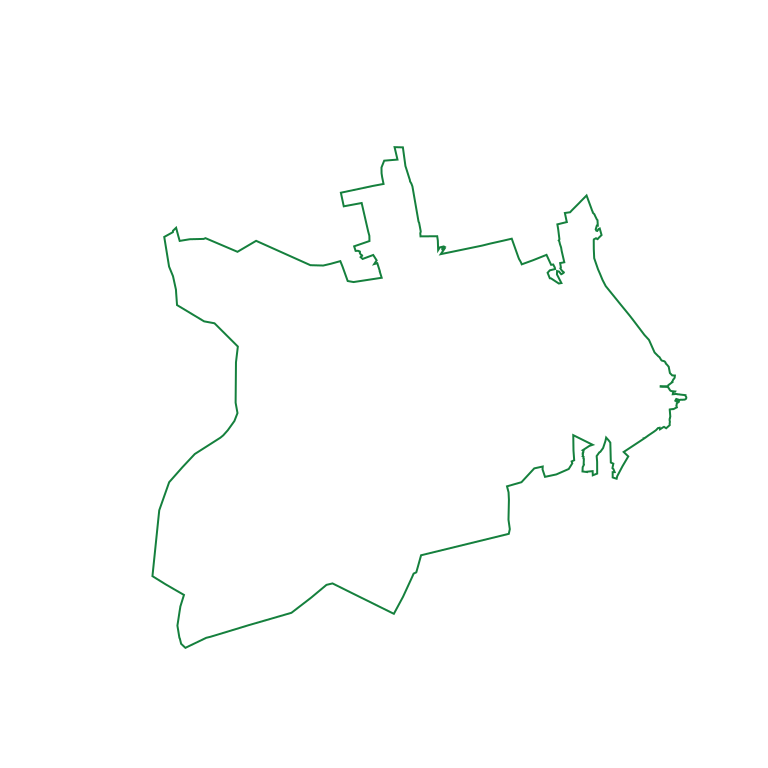 outline of Saltillo, Coahuila, Mexico, rotated 71°
{"feature_id": "50627088B85716210154341", "entity_name": "Saltillo", "entity_type": "district", "adm_level": 2, "iso_a3": "MEX", "parent_name": "Mexico", "parent_adm1": "Coahuila", "projection": "robinson", "projection_center": [-101.093, 25.033], "detail": "fine", "context": "isolated", "style": "outline", "palette": "green", "viewbox_px": 768, "rotation_deg": 71, "n_neighbors": 0, "source": "geoboundaries", "source_scale": "gbopen_adm2", "svg_char_len": 5805}
<svg xmlns="http://www.w3.org/2000/svg" viewBox="0 0 768 768"><g transform="rotate(71 384 384)"><path d="M501.6,119.9L501.7,119.3L501.7,119.0L501.9,118.8L501.9,118.4L501.9,118.0L501.9,117.7L501.8,117.3L501.6,116.0L501.5,115.8L501.5,115.6L501.5,115.4L501.5,115.1L501.4,114.9L501.4,114.7L499.7,114.6L499.6,114.4L499.4,114.3L499.1,114.2L498.9,114.1L497.8,113.5L497.8,113.4L497.7,113.3L497.1,112.9L497.2,112.0L497.1,111.9L497.0,111.2L496.3,110.7L495.5,112.9L495.4,112.8L495.1,113.2L494.6,113.9L494.4,113.7L493.6,112.9L493.3,112.5L494.8,110.5L495.4,109.6L495.4,109.3L495.4,109.1L495.4,108.7L495.8,107.6L495.9,107.4L496.2,106.6L496.2,106.3L496.4,105.6L496.5,105.3L496.6,105.1L496.6,104.4L496.6,104.1L496.3,103.3L496.2,103.2L495.9,103.0L495.6,102.7L495.3,102.6L495.0,102.5L494.8,102.5L494.5,102.5L493.7,102.7L493.4,102.8L493.1,102.8L492.7,102.6L492.4,103.2L491.6,104.9L490.7,106.8L489.8,108.5L489.5,109.3L489.4,109.6L489.1,109.9L488.8,110.6L488.6,110.8L488.4,111.3L488.0,113.2L487.7,114.3L485.5,113.0L485.4,112.9L486.0,111.6L486.0,111.4L486.0,111.2L485.9,111.1L485.3,112.5L485.1,112.8L485.0,113.1L484.6,113.9L484.5,114.2L484.3,114.5L484.1,114.7L484.0,114.9L483.8,115.1L483.6,115.3L483.2,115.5L482.9,115.6L482.6,115.7L482.3,115.8L481.6,115.9L480.8,116.1L480.3,116.2L480.0,116.3L479.6,116.6L479.3,116.8L479.1,117.1L478.9,117.3L478.8,117.5L478.7,117.7L478.1,119.4L477.4,121.4L476.6,123.3L476.1,123.1L477.1,120.6L477.2,120.2L477.9,118.3L478.1,117.7L478.5,116.7L478.5,116.3L478.4,116.1L478.3,115.9L477.8,115.7L477.7,115.6L477.1,113.8L477.1,113.7L476.6,112.3L476.2,110.9L476.0,111.0L475.9,111.3L475.9,111.5L475.3,110.2L474.6,109.7L473.9,109.0L473.4,108.0L473.0,107.5L472.6,107.1L470.7,106.2L469.7,108.7L466.7,110.1L463.3,109.6L460.3,109.2L457.5,110.3L456.4,110.9L455.3,110.8L453.9,111.4L452.2,113.8L451.5,114.1L448.2,114.8L447.3,115.5L442.3,117.9L428.6,119.1L422.4,121.8L404.1,127.8L398.6,129.7L385.6,134.5L363.6,142.5L356.7,143.5L350.1,143.9L345.2,144.3L333.5,144.3L324.7,141.7L316.4,138.9L315.6,138.5L315.2,136.1L316.6,135.0L316.6,134.9L315.7,133.4L314.0,129.8L307.2,129.4L307.4,130.7L308.7,132.5L308.2,133.3L306.7,133.5L303.5,131.2L303.9,130.3L298.6,128.8L297.6,129.2L293.5,129.7L292.1,129.8L291.6,130.0L290.0,130.8L289.2,130.6L287.6,130.8L285.5,130.8L271.7,131.1L275.0,137.8L276.5,140.7L281.0,149.9L282.2,152.1L281.2,157.3L289.2,158.3L290.4,158.4L289.5,168.1L294.3,168.9L304.2,171.0L304.7,171.4L305.2,172.1L306.0,171.8L308.2,172.0L309.1,172.1L312.5,172.1L316.1,172.7L327.6,173.9L327.0,178.1L331.4,178.8L332.0,179.6L334.7,178.9L337.0,177.6L337.3,177.9L337.6,178.9L337.7,179.3L337.8,179.8L337.9,180.7L334.7,181.9L333.6,183.6L336.7,184.8L346.3,183.4L345.9,186.0L338.5,191.7L338.0,192.8L332.1,193.1L330.5,190.2L331.0,184.8L329.5,184.6L326.1,185.1L325.7,187.2L314.8,188.3L315.5,202.8L315.7,214.8L313.7,214.9L311.3,215.3L310.0,215.6L308.0,215.7L288.2,215.9L287.3,224.6L285.8,238.0L285.1,246.0L285.0,246.8L279.7,288.0L277.3,284.8L276.0,283.1L275.6,285.8L274.2,282.0L273.4,282.7L273.0,286.7L275.0,289.2L265.9,286.4L261.6,285.6L256.3,301.4L253.2,300.6L252.0,299.7L251.1,299.5L247.8,299.0L242.9,298.3L241.8,298.5L206.4,292.8L203.2,292.9L201.0,293.4L199.2,293.1L197.7,293.1L186.7,292.8L185.0,292.8L166.4,289.1L163.5,296.9L176.2,298.2L172.9,311.1L178.5,315.9L184.0,317.7L187.8,318.4L194.7,319.3L193.1,330.0L189.1,362.5L202.9,364.2L205.6,346.2L234.7,349.3L239.1,349.6L244.1,351.2L244.1,367.4L248.9,367.5L249.6,365.2L250.6,364.2L250.6,363.9L250.9,363.7L251.0,363.7L251.4,363.7L251.6,363.8L252.2,364.2L252.7,364.2L254.2,363.7L254.7,363.2L255.0,363.0L255.6,362.9L256.4,364.8L258.8,363.5L258.5,352.2L264.7,350.7L267.4,354.2L267.6,351.0L276.0,351.2L276.1,351.4L282.8,351.6L277.7,379.6L274.8,384.8L259.3,385.0L257.3,385.1L253.6,385.3L253.0,395.2L252.2,402.9L247.7,414.9L207.0,458.3L211.3,479.5L188.0,505.3L188.1,507.3L183.9,520.5L182.8,526.9L182.2,530.6L176.8,530.3L168.6,529.7L170.4,533.6L171.7,534.2L173.4,543.9L203.0,549.0L213.4,548.4L227.1,550.0L230.3,550.9L242.0,554.0L266.2,533.7L271.4,524.5L301.0,510.0L315.3,516.9L353.4,530.4L363.8,532.0L370.3,537.5L376.9,546.8L380.2,552.7L381.5,556.2L388.6,585.7L397.0,601.6L406.9,619.1L430.2,637.6L439.0,641.7L490.3,665.5L502.2,655.8L509.6,649.4L518.3,641.8L527.7,648.7L527.9,648.9L529.1,649.5L532.8,651.5L539.5,655.0L545.2,658.0L557.5,660.1L558.0,659.9L563.6,660.4L568.8,657.7L566.1,634.7L566.5,630.6L568.0,590.1L570.2,546.0L562.2,522.2L555.2,503.8L555.8,497.6L570.1,483.5L604.5,449.5L591.4,435.3L575.0,419.6L574.3,419.0L572.9,417.7L572.6,414.8L567.3,411.1L558.0,404.7L566.3,314.8L562.2,312.3L552.9,310.5L534.2,303.6L527.0,301.5L520.8,301.0L521.6,286.0L512.7,269.4L513.7,260.8L516.4,261.9L524.2,262.0L525.6,250.5L524.5,237.0L520.3,231.8L518.3,231.8L518.0,229.0L508.6,226.5L494.0,221.7L509.4,206.5L509.4,210.0L511.3,217.6L511.6,217.3L512.1,217.0L513.1,217.9L513.6,217.9L513.8,218.3L514.6,218.5L514.5,218.8L515.8,219.2L517.1,219.2L517.2,219.5L517.8,219.0L519.4,219.7L519.9,219.4L524.7,221.3L524.9,221.1L525.2,221.1L525.5,221.3L527.3,223.2L531.3,224.8L533.3,220.8L533.0,220.7L534.3,215.1L538.3,216.3L538.1,211.6L526.9,207.8L521.4,206.4L518.7,202.6L518.6,201.6L515.9,197.7L510.0,193.2L507.0,191.4L510.3,190.0L513.1,189.1L532.1,195.1L534.0,193.1L537.9,195.4L539.1,194.8L542.4,194.6L541.8,196.5L546.8,198.2L548.2,196.4L549.3,194.9L547.1,193.5L539.4,185.3L532.0,176.6L526.3,179.5L520.6,157.3L520.0,155.0L519.9,155.1L519.9,154.8L519.3,152.7L519.0,151.6L518.9,151.5L517.0,144.4L516.8,143.8L516.2,141.8L516.1,141.6L514.9,139.3L515.0,138.9L515.1,137.6L515.8,137.7L516.7,137.8L515.9,134.6L515.7,133.2L517.7,131.6L515.9,127.2L514.8,126.9L514.4,126.8L513.4,126.3L512.9,126.0L512.2,125.9L511.4,125.8L510.0,125.3L509.5,124.8L509.1,124.5L508.8,124.5L508.2,124.1L508.0,123.9L502.5,122.5L501.6,122.3L501.1,122.1L501.3,121.0L501.4,120.5L501.6,119.9Z" fill="none" stroke="#15803d" stroke-width="2"/></g></svg>